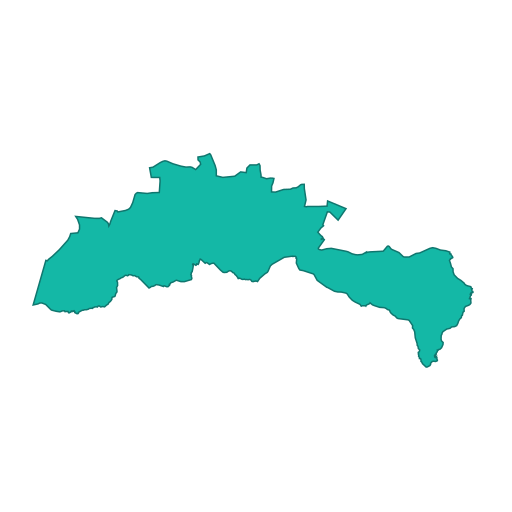 Buenavista, Sucre, Colombia, rotated 94°
{"feature_id": "7082276B40450557639680", "entity_name": "Buenavista", "entity_type": "district", "adm_level": 2, "iso_a3": "COL", "parent_name": "Colombia", "parent_adm1": "Sucre", "projection": "robinson", "projection_center": [-74.939, 9.327], "detail": "fine", "context": "isolated", "style": "filled", "palette": "teal", "viewbox_px": 512, "rotation_deg": 94, "n_neighbors": 0, "source": "geoboundaries", "source_scale": "gbopen_adm2", "svg_char_len": 6025}
<svg xmlns="http://www.w3.org/2000/svg" viewBox="0 0 512 512"><g transform="rotate(94 256 256)"><path d="M238.6,62.9L237.5,67.1L237.2,72.4L235.8,77.1L235.4,80.4L236.2,83.0L241.6,93.0L242.3,96.5L246.3,103.1L246.7,108.0L246.3,109.2L242.6,113.6L240.0,120.9L239.4,121.9L237.2,123.8L236.8,124.9L237.2,125.7L242.2,129.3L242.4,129.9L243.9,142.3L244.4,144.9L245.0,146.2L244.4,146.2L247.0,150.1L247.8,154.8L247.7,157.0L247.1,160.4L245.4,164.5L245.0,166.5L243.1,181.4L243.8,185.9L245.5,190.9L245.2,193.1L244.7,194.2L243.8,194.4L235.2,189.1L234.9,189.4L234.7,189.2L234.1,190.2L234.9,192.0L234.5,192.1L233.3,190.4L232.2,191.1L232.3,191.2L230.0,193.9L227.9,196.0L223.5,193.2L221.1,190.7L220.1,191.5L207.0,187.9L207.0,185.4L214.5,176.6L202.5,169.5L196.1,188.4L201.3,188.6L202.2,196.7L203.0,208.3L203.4,208.9L203.2,211.1L196.6,210.0L185.3,212.5L181.1,212.9L181.4,215.5L181.9,216.5L184.1,218.8L185.2,220.7L185.6,223.9L187.0,226.4L187.7,233.1L190.9,241.0L191.0,245.0L185.1,245.3L181.9,244.2L177.4,243.5L177.2,245.1L177.3,247.2L178.2,250.9L177.1,255.0L177.0,256.4L174.6,256.7L169.9,257.9L165.6,258.3L163.8,259.4L165.1,261.6L165.6,268.4L168.9,271.2L173.5,271.6L173.2,277.2L177.9,282.8L179.9,294.6L178.8,301.2L172.9,301.6L168.6,303.1L158.3,308.2L157.1,309.3L159.8,314.5L161.3,320.8L164.2,320.5L166.1,318.3L168.4,317.6L174.0,322.2L172.0,326.0L171.7,327.9L172.2,332.1L171.6,337.2L169.8,345.3L167.6,351.6L167.4,353.5L168.0,355.4L169.4,357.9L174.6,365.0L175.4,368.3L184.9,365.9L184.4,357.5L187.8,356.9L199.4,356.9L200.1,363.8L201.2,368.8L201.0,378.6L201.7,379.7L203.1,380.9L211.4,382.7L216.1,384.5L217.4,385.5L218.3,386.5L219.7,389.4L221.7,396.9L220.8,397.5L220.5,399.8L231.6,403.4L234.3,404.0L236.3,404.9L234.3,405.4L232.8,406.5L228.7,412.8L229.4,414.9L229.7,419.8L229.1,438.6L231.9,436.5L237.3,434.2L241.5,433.9L245.3,435.3L246.5,442.4L249.7,443.2L253.3,444.8L263.5,452.7L270.6,459.2L273.6,462.5L275.4,463.9L275.0,465.3L320.4,474.9L319.0,470.1L318.0,468.4L317.8,466.3L319.0,462.4L323.8,456.9L324.3,455.9L325.1,451.4L325.4,448.0L325.2,447.1L324.3,445.5L324.0,443.3L324.9,442.6L324.5,441.5L324.6,440.7L324.4,439.7L325.7,439.0L325.8,438.5L325.1,437.3L324.5,436.8L324.4,435.9L323.8,436.1L323.8,435.0L323.5,434.6L323.8,434.4L323.4,433.6L324.0,433.5L324.5,432.6L325.1,432.8L326.1,430.5L325.8,429.5L325.4,429.6L325.2,429.1L324.3,428.8L322.3,425.6L322.0,424.0L321.6,423.6L321.4,421.3L320.7,419.4L320.1,418.9L319.6,416.7L319.7,415.6L318.9,415.1L318.9,414.5L318.1,413.5L317.8,411.6L318.0,410.7L317.0,410.0L316.8,409.5L316.8,408.7L317.7,407.3L317.1,405.5L317.3,403.5L315.3,401.6L314.5,400.3L312.6,399.4L311.5,398.1L309.4,396.8L307.9,396.8L307.2,396.6L306.2,394.0L305.5,393.7L303.2,393.3L301.8,392.3L301.0,392.2L297.1,392.9L295.1,392.0L291.9,392.3L290.6,393.1L290.1,393.0L289.3,392.3L287.9,389.8L287.1,388.9L286.6,387.5L284.4,385.1L284.3,384.1L284.7,382.7L284.2,382.0L283.5,381.7L283.5,379.1L284.3,377.3L284.0,375.5L285.0,373.8L285.1,371.7L285.7,371.2L286.3,371.2L287.5,369.4L295.4,360.5L294.6,359.2L293.7,358.3L293.4,356.6L292.5,354.8L291.7,354.1L291.5,353.4L291.7,350.7L292.9,346.2L292.1,345.6L292.9,342.8L292.8,341.7L291.2,340.2L290.6,340.5L290.2,340.4L289.9,339.7L288.6,339.1L287.8,337.0L285.7,333.8L286.8,329.2L286.6,325.7L284.0,318.8L282.6,318.4L281.1,319.1L280.3,318.9L279.1,319.7L278.4,319.3L277.1,319.4L276.2,318.6L272.3,318.1L269.9,317.9L269.0,318.6L268.5,318.6L268.2,317.9L269.5,315.3L269.0,314.8L268.0,314.6L268.4,313.1L266.9,312.5L264.4,312.1L263.6,311.5L263.0,311.4L263.4,310.4L266.8,306.2L266.0,305.1L266.0,304.4L267.7,301.8L266.8,300.4L266.2,298.7L266.1,297.5L272.5,290.5L274.5,287.8L274.7,286.6L274.3,284.0L273.0,282.4L272.5,281.1L272.6,280.2L273.1,279.2L274.2,277.9L274.4,277.0L274.8,276.4L275.9,275.7L276.8,274.4L278.9,272.6L279.7,272.3L279.7,271.7L279.3,271.4L279.5,270.0L280.2,268.5L280.3,267.5L279.9,265.9L280.3,264.9L280.1,264.1L280.2,262.1L279.8,260.9L279.9,260.2L280.4,259.3L281.6,258.4L281.8,257.0L281.4,256.4L281.3,255.2L280.9,254.5L281.4,252.7L278.0,250.7L273.3,246.0L271.5,243.6L270.3,242.9L264.9,241.0L263.1,239.3L255.3,227.7L253.8,220.5L253.6,219.2L253.9,219.1L253.5,217.0L254.1,216.0L255.3,215.9L255.2,215.5L256.0,215.2L260.2,215.3L265.4,212.5L266.9,211.3L267.3,207.8L269.9,197.5L270.6,196.7L276.0,193.3L282.3,183.2L282.5,182.2L285.7,175.3L286.2,171.7L286.0,168.6L286.7,163.8L287.4,162.4L290.4,160.2L293.4,156.9L295.0,153.9L297.0,148.8L298.7,147.5L298.2,146.4L298.0,143.2L298.3,142.9L297.2,142.4L296.0,140.1L295.3,139.0L294.8,138.9L296.6,136.4L297.2,134.6L298.6,129.1L298.6,124.3L299.3,122.4L300.2,121.2L300.7,119.1L302.7,118.1L303.7,117.2L305.3,115.1L306.2,113.0L308.0,111.2L308.5,109.9L309.1,99.7L309.6,98.7L314.5,94.9L316.9,94.9L318.2,93.6L320.6,92.4L326.5,91.4L332.0,89.2L334.0,88.9L334.7,88.1L337.0,87.6L338.3,86.1L340.0,86.4L340.8,87.4L342.1,87.2L342.4,86.9L342.9,87.1L344.2,86.6L344.6,86.8L346.0,85.8L346.9,85.8L347.0,84.6L348.3,84.1L349.6,84.1L350.3,83.2L351.8,82.4L354.9,78.6L354.8,77.5L353.2,74.9L352.1,74.3L350.8,74.3L349.1,73.0L348.6,71.8L348.7,69.4L347.8,67.8L347.1,67.8L346.5,68.3L344.6,68.5L344.6,69.3L344.9,69.9L344.5,70.4L344.2,70.2L344.4,69.7L343.5,69.2L343.7,70.8L343.1,71.0L341.8,70.3L342.0,69.9L341.5,69.8L341.3,69.3L340.4,69.5L338.8,68.5L337.2,68.5L337.4,67.8L336.5,67.2L336.3,66.1L334.6,64.5L331.3,63.3L329.2,63.3L327.8,65.0L326.0,65.6L322.4,65.7L321.1,65.1L319.6,64.9L318.4,64.2L315.6,60.7L314.6,57.4L313.1,55.9L312.6,52.9L311.5,51.0L309.3,50.0L306.6,49.3L304.5,48.2L303.2,46.9L301.1,46.7L300.7,46.0L297.7,45.6L296.6,44.5L294.1,44.8L293.3,44.5L291.7,43.5L290.3,40.4L289.4,39.2L287.9,38.3L285.2,38.7L282.8,38.5L284.0,39.1L283.7,40.1L279.9,39.0L279.9,38.5L279.5,38.5L279.1,39.6L277.7,38.9L278.0,38.1L276.9,37.7L277.0,37.1L276.4,37.2L276.5,37.8L274.2,38.6L274.0,38.1L273.5,38.0L273.3,38.8L271.6,39.6L271.0,42.9L270.5,44.4L269.6,45.8L268.6,46.4L266.0,50.0L264.3,53.3L261.0,57.0L258.0,58.3L254.9,58.6L253.3,60.3L249.7,61.5L247.0,62.7L245.4,61.9L245.5,61.6L244.7,61.1L244.5,60.4L243.9,59.6L243.2,59.8L240.8,61.7L240.3,61.8L240.3,62.9L238.6,62.9Z" fill="#14b8a6" stroke="#0f766e" stroke-width="1.5"/></g></svg>